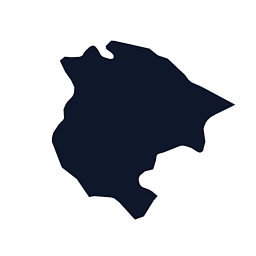 SVG path tracing the border of Sololá, rotated 293°
{"feature_id": "GTM-1954", "entity_name": "Sololá", "entity_type": "Department", "adm_level": 1, "iso_a3": "GTM", "parent_name": "Guatemala", "parent_adm1": "", "projection": "natural_earth1", "projection_center": [-91.246, 14.721], "detail": "fine", "context": "isolated", "style": "filled", "palette": "ink", "viewbox_px": 256, "rotation_deg": 293, "n_neighbors": 0, "source": "natural_earth", "source_scale": "10m", "svg_char_len": 1420}
<svg xmlns="http://www.w3.org/2000/svg" viewBox="0 0 256 256"><g transform="rotate(293 128 128)"><path d="M201.3,79.0L202.3,82.0L208.7,116.7L206.1,125.8L205.8,127.4L206.6,137.3L198.4,159.5L195.3,164.6L194.1,168.8L194.0,179.2L190.7,216.1L175.3,202.7L170.1,198.9L166.2,197.3L163.9,196.8L159.8,196.7L156.4,197.2L145.4,203.8L136.4,205.2L135.3,204.6L134.1,203.6L134.0,202.3L134.0,200.9L134.9,195.7L135.1,194.2L134.9,190.0L134.3,186.2L133.6,184.2L131.8,181.8L120.3,170.2L116.2,165.1L115.0,164.7L113.5,164.4L109.1,165.6L100.2,166.5L99.9,166.2L95.4,160.1L89.5,157.0L86.4,156.6L84.0,157.5L82.6,158.4L80.7,159.9L79.6,161.2L79.0,162.5L78.6,163.8L78.5,165.1L78.8,171.0L78.4,174.5L76.5,180.9L71.2,179.2L53.2,176.4L47.3,170.0L56.7,149.6L58.6,143.1L58.5,141.5L58.1,139.0L53.1,124.0L52.0,121.9L50.1,119.2L61.7,101.1L66.5,83.0L68.0,81.4L86.1,63.9L89.5,62.6L94.2,61.8L103.3,63.4L107.0,64.6L109.2,65.7L112.1,66.1L120.2,62.1L125.6,62.1L128.4,62.7L134.7,65.1L135.9,65.3L138.5,65.4L140.7,64.9L145.1,63.3L150.5,57.2L155.8,48.6L163.5,39.9L168.3,42.4L170.3,48.6L174.1,56.3L176.5,58.3L177.6,58.6L178.7,58.6L180.4,58.9L182.6,59.6L187.2,61.6L189.0,63.1L189.7,64.6L189.5,65.7L188.5,67.9L187.3,69.9L184.0,74.0L183.5,75.0L183.1,76.8L183.1,79.3L183.7,84.3L184.6,86.4L185.6,87.7L186.8,87.9L188.0,87.8L189.0,87.4L189.8,86.8L190.4,85.9L190.9,85.0L191.4,83.9L192.9,77.6L194.8,76.3L201.3,79.0Z" fill="#0f172a" stroke="#020617" stroke-width="1.5"/></g></svg>